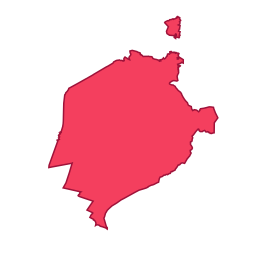 the district of Metepec, Hidalgo, Mexico, rotated 70°
{"feature_id": "50627088B82713167627307", "entity_name": "Metepec", "entity_type": "district", "adm_level": 2, "iso_a3": "MEX", "parent_name": "Mexico", "parent_adm1": "Hidalgo", "projection": "natural_earth1", "projection_center": [-98.35, 20.259], "detail": "fine", "context": "isolated", "style": "filled", "palette": "rose", "viewbox_px": 256, "rotation_deg": 70, "n_neighbors": 0, "source": "geoboundaries", "source_scale": "gbopen_adm2", "svg_char_len": 5519}
<svg xmlns="http://www.w3.org/2000/svg" viewBox="0 0 256 256"><g transform="rotate(70 128 128)"><path d="M162.0,48.7L152.6,45.1L149.2,40.1L143.7,40.7L139.2,40.8L137.8,40.6L136.6,42.8L135.9,44.5L135.7,47.0L135.4,49.8L134.7,53.3L135.6,54.4L136.0,54.4L136.9,56.0L134.7,57.4L133.7,59.0L133.4,59.6L133.7,59.9L133.7,61.3L133.2,61.3L132.2,61.6L131.1,61.5L129.5,61.2L127.6,63.2L126.7,63.6L124.7,63.5L124.2,63.7L121.9,64.7L120.2,65.2L117.3,65.8L114.7,66.1L114.2,66.0L112.4,66.4L109.7,68.1L107.8,68.7L106.4,69.3L105.1,69.4L103.8,70.4L103.0,70.9L102.5,72.2L101.2,73.6L100.8,73.9L100.1,73.7L99.8,73.4L99.6,73.0L99.1,71.0L98.9,69.4L99.4,68.1L100.6,66.0L100.4,64.9L98.2,64.6L96.1,64.1L94.9,63.1L93.5,61.6L92.5,61.2L92.0,61.3L91.6,60.9L91.4,61.0L90.8,61.0L90.7,60.9L90.6,60.7L90.0,60.9L89.7,60.4L89.2,60.6L88.4,60.4L88.6,60.2L88.2,59.4L87.2,59.4L87.8,58.1L87.5,57.6L87.0,57.9L86.6,58.8L86.4,59.6L85.1,59.6L85.1,55.9L84.6,55.3L85.9,53.9L82.7,52.7L79.6,55.1L79.4,55.5L79.5,56.0L80.4,57.3L80.1,58.0L79.4,57.6L79.1,57.8L78.9,57.8L78.9,57.3L78.3,55.9L78.1,55.8L77.4,56.0L76.2,55.8L76.1,55.6L75.8,54.9L75.7,54.7L75.3,54.8L74.7,55.4L74.3,56.6L73.9,56.8L73.3,57.0L74.0,57.0L73.0,57.3L73.9,57.2L74.0,58.0L72.8,58.1L72.7,59.4L72.4,59.4L72.2,61.1L71.4,61.0L71.2,61.4L70.8,61.4L70.7,62.7L71.1,62.9L72.1,62.7L72.8,63.8L72.1,64.7L72.1,65.6L73.7,66.5L73.6,66.8L74.0,67.3L74.1,67.6L74.5,67.9L75.3,69.1L75.5,70.2L74.2,70.7L75.2,72.2L74.9,74.4L76.1,74.2L76.0,75.7L75.0,75.9L74.6,76.1L74.2,76.9L73.8,77.2L72.9,78.5L72.6,79.3L71.6,80.3L71.3,80.8L71.0,80.9L69.8,80.9L69.4,81.1L68.9,81.7L68.1,83.6L67.8,83.9L67.5,84.4L67.3,85.5L66.9,86.3L66.7,87.1L66.4,87.6L66.4,88.0L66.0,89.3L64.6,89.8L64.1,90.5L63.6,90.5L63.3,91.2L63.2,91.3L62.6,91.3L62.2,90.9L61.8,90.9L61.5,91.0L61.3,91.3L61.1,91.6L61.0,91.8L60.6,92.0L60.4,92.6L60.3,92.8L59.3,93.4L56.5,97.5L56.3,99.9L58.3,100.3L59.5,100.0L60.5,100.7L61.4,102.2L62.1,103.0L62.7,103.1L64.4,103.1L64.1,103.5L63.2,104.2L62.9,104.6L62.0,105.1L60.9,106.2L60.3,106.5L60.4,107.0L61.5,108.2L62.1,108.4L63.0,108.4L63.4,108.5L63.5,109.3L63.4,109.8L62.9,109.9L62.8,110.0L62.6,110.6L62.2,111.0L62.1,111.8L61.8,112.2L61.1,112.8L61.0,113.2L61.1,113.8L60.7,114.8L60.6,115.4L60.6,116.2L61.0,118.9L61.9,119.9L63.0,125.7L63.2,127.6L65.1,137.8L65.9,142.1L66.2,143.2L68.8,159.0L70.5,170.1L71.4,170.7L72.7,172.5L73.6,174.3L73.8,174.6L74.2,174.8L75.1,175.7L75.2,176.1L82.8,179.9L89.4,182.5L99.4,186.4L101.9,187.5L104.4,188.9L108.7,192.1L108.8,192.2L108.7,192.5L109.3,192.3L109.9,193.5L109.3,193.5L109.2,194.0L110.4,193.8L110.7,195.0L111.1,195.0L111.2,195.8L112.5,195.9L113.0,195.4L113.2,195.6L113.6,196.7L115.2,196.4L115.2,198.8L116.2,198.6L116.2,198.4L136.0,214.9L138.1,215.9L138.5,213.3L141.9,193.0L141.9,192.5L149.8,198.3L158.3,205.0L162.1,209.4L171.9,194.2L172.0,194.7L172.3,195.4L172.6,195.6L173.6,196.1L173.5,196.3L173.8,197.3L174.3,197.5L174.6,198.0L175.1,197.7L176.1,196.7L184.8,185.8L191.1,194.6L195.5,190.2L195.9,190.2L196.2,190.9L196.6,191.3L196.7,191.9L197.0,192.2L197.3,192.7L199.0,194.4L202.1,191.6L202.5,191.6L202.7,191.8L203.4,191.1L204.5,190.7L205.3,190.6L206.9,190.8L208.5,191.8L208.3,191.0L208.4,190.2L208.6,189.7L209.5,188.3L210.2,188.1L211.1,187.3L212.0,185.9L214.3,183.1L215.9,182.1L215.6,181.9L214.4,181.6L213.7,181.9L213.6,182.1L204.5,181.5L203.4,180.4L200.4,178.3L199.5,177.1L198.2,175.6L197.0,172.9L195.7,169.7L194.5,163.8L193.2,159.2L192.8,156.1L190.8,143.3L190.2,138.9L190.5,133.8L190.6,131.5L190.5,130.3L190.3,129.2L190.0,129.1L189.7,125.6L189.9,124.4L189.9,123.0L189.4,119.3L189.4,117.8L186.6,116.1L185.6,115.2L185.0,114.4L185.3,113.8L185.3,113.5L185.2,113.1L185.3,112.2L184.6,110.6L185.0,108.9L184.7,108.3L184.8,107.6L184.9,107.3L185.3,106.9L185.4,106.7L185.1,105.9L185.1,105.5L184.9,105.1L184.9,104.6L185.1,103.8L184.1,102.7L183.8,102.5L183.8,102.0L183.9,101.8L184.1,101.4L184.1,101.2L183.9,101.2L183.7,98.3L183.3,97.8L182.7,97.4L182.3,96.5L181.7,95.9L181.6,95.6L181.5,95.3L179.9,93.5L179.9,93.3L180.2,93.0L180.2,92.5L180.2,92.0L179.9,91.6L179.8,91.1L179.5,90.7L179.3,90.3L179.3,88.9L180.6,86.9L177.2,82.9L176.1,80.9L175.7,80.4L175.5,79.8L175.2,79.4L174.3,78.6L173.4,77.5L173.1,77.3L172.6,77.3L172.3,77.6L170.5,77.3L170.2,77.0L170.1,75.8L169.7,75.1L168.8,74.3L167.5,74.3L164.7,74.9L164.3,74.8L163.8,74.4L163.6,74.3L163.2,74.4L162.7,74.1L162.4,74.0L162.3,73.7L162.5,73.0L162.5,72.8L162.0,72.2L160.2,71.4L160.1,71.1L159.2,70.5L157.6,70.6L157.2,70.0L157.0,69.1L154.5,65.4L153.0,62.6L153.2,62.0L153.5,62.0L153.9,62.2L154.1,61.9L154.9,62.0L155.4,61.6L155.7,61.6L156.1,61.3L156.8,59.4L156.7,58.9L156.4,58.3L156.5,57.2L156.5,56.8L157.2,56.5L158.2,56.3L158.7,55.2L158.6,54.6L159.2,54.1L159.3,53.6L159.6,53.5L160.1,53.5L160.3,53.1L160.8,52.7L161.2,52.6L161.2,52.2L161.4,51.8L161.7,51.5L161.8,51.0L161.7,50.7L161.7,50.2L162.0,48.7ZM60.3,49.7L60.2,49.6L60.6,49.1L60.1,48.5L58.4,48.1L58.6,47.5L57.0,47.3L55.4,46.1L54.3,47.4L52.5,45.9L52.6,45.6L51.6,45.2L49.7,44.1L49.5,44.3L49.4,44.2L49.1,44.7L48.4,45.4L48.3,44.5L47.7,43.6L46.4,43.0L45.8,43.3L45.4,42.7L45.1,41.8L44.7,41.7L44.1,42.0L43.0,42.3L42.3,41.6L41.4,42.2L41.0,43.2L40.4,43.0L40.1,43.5L41.0,45.1L41.4,44.9L41.4,48.0L41.1,47.9L40.8,48.4L40.9,50.6L40.5,51.5L40.6,52.0L41.1,52.8L41.1,53.2L41.0,53.5L40.8,53.8L40.7,54.1L41.0,56.8L41.6,57.5L46.6,55.4L50.3,58.8L52.6,59.1L55.0,57.3L56.6,53.9L57.0,52.5L56.9,52.1L56.7,51.7L56.4,51.4L56.1,51.4L55.9,51.1L56.0,50.9L56.1,50.7L56.5,50.6L57.2,50.7L57.5,50.8L57.6,51.3L57.5,52.5L57.7,52.8L57.8,53.3L58.7,53.6L60.1,52.6L59.0,52.1L59.0,51.6L59.7,50.4L60.3,49.7Z" fill="#f43f5e" stroke="#9f1239" stroke-width="1.5"/></g></svg>